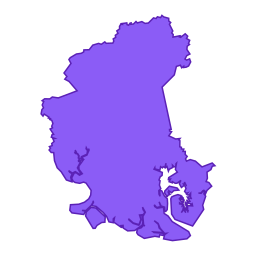 Río de Jesús, Veraguas, Panama
{"feature_id": "35544464B55951329462625", "entity_name": "Río de Jesús", "entity_type": "district", "adm_level": 2, "iso_a3": "PAN", "parent_name": "Panama", "parent_adm1": "Veraguas", "projection": "orthographic", "projection_center": [-81.142, 7.96], "detail": "fine", "context": "isolated", "style": "filled", "palette": "violet", "viewbox_px": 256, "rotation_deg": 0, "n_neighbors": 0, "source": "geoboundaries", "source_scale": "gbopen_adm2", "svg_char_len": 5886}
<svg xmlns="http://www.w3.org/2000/svg" viewBox="0 0 256 256"><path d="M83.9,49.9L83.7,51.9L81.3,53.3L76.4,54.0L70.2,57.7L68.9,59.5L71.0,63.4L64.0,73.0L66.9,76.5L64.8,79.2L69.0,81.4L77.1,90.8L58.3,97.9L52.3,97.0L49.8,98.9L44.6,98.8L42.1,100.7L43.7,101.6L42.2,105.0L43.5,107.8L41.9,109.6L41.1,113.9L43.0,116.1L44.2,114.1L48.9,117.1L48.3,118.0L50.4,118.6L49.8,119.5L51.8,120.4L52.9,123.5L51.7,126.2L52.5,127.8L50.1,129.0L53.6,134.3L52.1,134.6L51.3,137.2L54.8,138.4L52.9,138.8L54.1,141.5L51.7,143.5L52.2,145.6L49.4,146.6L50.5,148.2L49.1,150.0L51.2,152.5L53.7,152.6L54.5,160.7L57.2,167.8L61.2,171.8L66.4,180.0L71.8,181.8L70.7,177.2L72.2,173.6L69.8,172.4L68.6,170.6L72.4,173.1L75.3,171.6L79.7,174.4L80.9,173.8L77.4,167.9L80.5,161.8L78.6,161.4L78.5,160.4L79.5,159.0L78.3,158.0L78.6,156.0L77.4,153.8L76.0,153.7L74.9,152.8L74.9,152.2L75.9,151.9L75.1,150.0L76.3,152.1L75.3,152.8L77.7,153.7L79.1,155.9L78.7,157.6L79.9,158.8L79.1,161.0L83.1,159.5L81.1,158.4L81.4,156.7L87.0,154.2L87.5,150.6L86.1,148.8L86.3,147.7L87.8,150.5L88.8,149.3L89.1,150.0L86.9,155.1L81.5,157.5L83.7,159.4L78.8,166.2L79.0,169.4L82.3,173.7L79.5,175.2L76.2,172.8L74.3,172.9L71.6,178.1L73.2,181.3L75.1,182.5L79.7,183.3L83.6,182.1L86.1,183.1L91.1,190.4L90.7,195.1L88.8,198.8L84.5,202.2L78.9,204.2L70.5,204.7L69.8,210.3L71.9,212.9L83.8,214.5L85.4,211.1L82.0,210.4L85.9,210.5L91.2,205.4L93.3,201.9L92.9,200.7L93.5,202.2L91.7,205.7L96.1,206.4L103.3,212.5L106.6,216.4L109.0,221.9L113.2,222.7L113.3,218.8L114.5,217.7L113.7,222.1L121.3,227.4L122.2,227.2L121.1,225.6L123.1,225.4L123.3,228.1L127.7,230.9L134.7,230.5L142.3,225.0L142.9,221.5L141.7,214.9L139.9,215.6L141.1,220.0L139.6,224.3L138.8,225.2L133.2,223.4L129.1,220.1L128.5,218.7L133.2,222.9L139.0,224.6L140.9,219.5L139.5,215.0L143.3,214.6L144.8,212.2L143.1,209.7L142.5,207.1L145.3,212.2L142.9,216.5L143.6,224.9L144.9,225.9L143.3,225.4L141.3,227.7L137.3,229.1L136.7,232.7L138.0,234.7L144.3,238.4L154.9,236.3L159.2,237.0L159.8,234.8L163.4,235.5L163.4,233.3L153.9,232.5L153.2,231.9L163.8,232.6L159.1,227.9L158.3,224.3L154.2,220.7L158.1,223.4L160.1,228.2L164.7,233.5L166.5,233.3L164.6,234.7L163.6,238.9L172.5,240.6L187.0,238.8L190.4,235.6L188.6,231.6L172.2,221.6L168.1,216.0L164.2,213.5L163.4,207.2L157.1,208.2L154.7,206.5L154.3,204.8L156.7,207.5L160.7,206.6L159.1,201.8L161.1,206.0L164.6,207.1L164.8,211.1L165.7,211.5L167.2,209.7L167.6,203.6L167.3,198.8L164.4,196.0L161.8,190.9L160.4,190.4L159.7,191.3L160.0,196.3L159.0,194.2L158.8,190.6L160.8,188.6L159.4,185.1L160.1,180.8L159.0,180.0L160.2,176.8L162.1,175.4L162.3,172.4L154.0,169.2L154.8,167.7L154.9,169.0L159.9,170.1L160.6,166.7L162.3,167.9L163.2,166.7L164.8,167.5L166.0,163.2L165.6,167.6L167.0,166.5L168.4,171.2L169.2,169.3L172.7,167.5L172.5,165.2L174.1,166.9L175.6,166.6L176.0,163.7L176.5,163.2L175.4,169.5L177.3,172.2L168.7,177.6L168.2,180.3L168.8,179.0L169.8,179.0L168.6,180.4L170.2,179.6L169.1,181.7L172.3,182.8L172.4,181.7L175.2,183.3L177.0,183.2L180.9,180.4L179.3,183.7L181.4,187.5L184.2,185.4L183.4,184.0L184.6,184.1L184.5,182.0L186.2,185.5L185.1,186.5L186.0,188.5L184.6,191.4L186.2,193.3L187.6,192.9L186.5,194.1L187.4,194.9L189.4,194.8L190.6,193.3L190.5,197.6L191.8,198.7L187.5,197.4L189.9,201.3L188.2,201.7L186.7,199.7L187.5,203.0L190.5,203.7L190.9,204.7L192.1,203.7L192.6,205.9L185.4,205.5L187.6,206.7L187.6,209.1L186.8,209.2L188.6,211.0L187.3,210.2L188.2,212.5L186.9,209.9L185.6,209.9L186.3,208.4L184.9,209.5L185.0,208.5L183.8,208.7L185.8,212.7L183.5,209.3L182.6,211.1L181.3,212.6L182.9,210.0L183.7,205.0L182.3,205.9L183.1,202.8L181.4,204.2L179.6,203.9L179.6,202.8L181.2,203.9L182.5,203.0L179.3,198.8L181.0,196.8L180.7,195.5L177.9,194.6L174.0,195.8L171.6,197.0L170.8,198.8L171.6,214.1L175.0,219.4L192.6,226.0L203.7,209.4L202.7,205.2L205.7,196.2L203.9,193.8L204.5,191.0L203.1,191.0L201.2,193.3L198.4,193.1L200.9,193.0L202.8,190.8L203.9,190.3L205.0,191.3L204.2,193.7L205.3,194.3L207.0,190.4L211.7,186.2L208.9,182.5L206.1,181.6L207.4,178.2L207.0,172.1L210.9,169.6L212.3,166.2L214.9,165.7L212.2,163.0L202.0,166.9L195.4,161.1L190.2,159.6L186.5,161.1L185.5,158.9L187.2,156.4L185.2,154.4L185.3,151.4L183.0,151.4L183.8,149.1L181.4,149.0L181.4,147.3L179.8,146.8L179.9,140.7L178.9,139.9L180.0,138.5L175.6,139.0L168.8,135.8L171.6,131.7L169.6,131.0L169.5,129.5L171.2,129.3L162.1,87.1L174.3,74.9L176.4,66.4L180.4,65.2L181.7,67.8L183.7,66.3L183.7,67.5L186.1,67.2L188.6,66.0L190.7,61.9L189.6,58.9L186.6,60.1L185.0,59.0L186.7,55.7L189.9,54.0L186.9,49.5L187.2,46.2L189.5,44.5L188.5,43.5L189.7,40.3L186.5,38.5L187.7,36.2L185.2,33.8L180.6,37.4L179.7,37.0L180.9,36.2L180.1,35.7L173.0,37.1L173.2,34.5L171.7,32.9L172.8,31.0L169.4,24.2L170.7,22.5L168.8,21.0L168.7,18.3L163.7,16.9L161.9,15.4L160.6,17.6L157.4,16.8L156.1,18.5L153.5,17.9L148.4,23.0L145.0,23.4L141.9,21.6L137.3,22.9L136.0,21.5L133.5,24.0L130.9,24.3L131.1,22.9L130.1,23.1L128.6,25.2L127.1,24.7L126.8,22.9L121.5,23.6L122.2,24.4L120.7,24.4L119.5,26.4L119.6,28.9L116.8,30.9L118.0,33.3L115.3,35.3L115.7,37.4L113.2,38.9L113.8,41.1L112.8,43.1L106.2,43.3L104.8,41.9L101.3,44.3L98.6,43.4L92.8,45.1L89.2,49.7L83.9,49.9ZM104.9,222.2L105.2,216.8L95.8,208.0L91.1,207.4L86.3,211.9L85.6,216.0L93.1,228.4L95.2,228.3L97.0,225.4L101.7,222.5L104.9,222.2ZM177.1,188.0L169.4,186.2L164.8,191.0L164.6,192.9L166.8,196.3L167.9,196.7L167.1,195.8L169.3,194.7L168.2,192.1L169.3,191.9L169.0,190.9L171.6,192.8L173.8,190.6L178.8,190.1L177.1,188.0ZM187.0,204.3L185.0,201.7L185.9,204.8L187.0,204.3ZM183.9,199.8L182.1,196.8L181.8,198.2L182.9,198.2L182.1,199.8L182.9,198.8L183.0,200.2L183.9,199.8ZM189.3,196.2L190.4,196.4L190.2,195.7L189.3,196.2ZM183.0,202.1L183.5,201.4L182.3,201.6L183.0,202.1ZM180.7,199.5L181.4,199.5L181.0,199.1L180.7,199.5ZM180.0,198.9L180.5,198.9L180.5,197.6L180.0,198.9ZM183.7,207.8L184.2,207.1L184.1,206.6L183.8,206.8L183.7,207.8ZM169.8,193.9L169.5,193.5L169.4,193.8L169.8,193.9ZM185.6,208.0L186.1,208.0L186.3,207.5L185.6,208.0Z" fill="#8b5cf6" stroke="#5b21b6" stroke-width="1.5"/></svg>